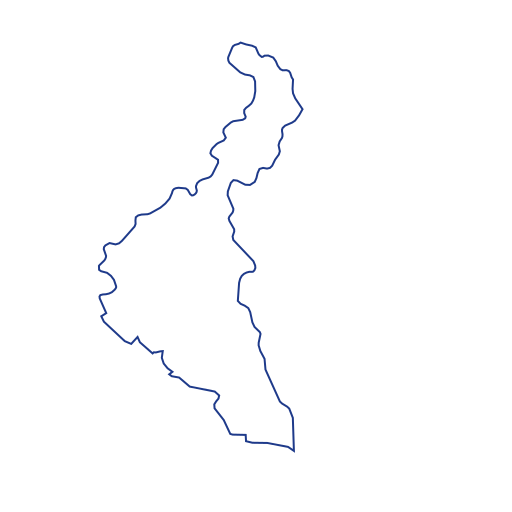 the border of Meurthe-et-Moselle, rotated 45°
{"feature_id": "FRA-5325", "entity_name": "Meurthe-et-Moselle", "entity_type": "Metropolitan department", "adm_level": 1, "iso_a3": "FRA", "parent_name": "France", "parent_adm1": "", "projection": "natural_earth1", "projection_center": [5.998, 48.953], "detail": "fine", "context": "isolated", "style": "outline", "palette": "blue", "viewbox_px": 512, "rotation_deg": 45, "n_neighbors": 0, "source": "natural_earth", "source_scale": "10m", "svg_char_len": 2952}
<svg xmlns="http://www.w3.org/2000/svg" viewBox="0 0 512 512"><g transform="rotate(45 256 256)"><path d="M148.4,102.0L150.6,102.3L155.0,104.5L157.4,105.0L163.7,112.0L167.2,114.8L172.3,116.8L185.1,119.3L187.0,126.1L187.9,132.7L187.2,136.1L184.4,143.2L184.3,146.6L185.0,148.2L186.1,149.3L188.6,151.1L190.1,152.7L190.9,154.2L191.7,158.2L193.6,161.7L198.8,165.1L200.4,168.1L201.4,174.4L203.6,180.7L203.6,183.8L202.0,186.4L198.7,188.7L196.9,192.0L198.5,196.2L201.2,200.6L202.7,204.5L201.5,210.0L198.0,213.2L189.4,216.0L186.4,218.3L186.5,222.1L190.4,230.2L193.0,233.1L206.6,238.6L207.8,240.0L208.7,241.8L209.3,247.0L210.1,248.7L212.4,250.0L221.6,252.5L223.3,254.1L225.6,258.7L228.6,260.7L257.8,261.5L262.1,263.3L264.0,264.9L265.0,267.3L265.0,269.1L264.4,270.0L262.5,271.8L261.0,274.4L260.1,277.2L260.0,280.2L260.9,283.3L263.0,286.9L274.9,300.6L278.9,300.7L283.1,299.1L287.4,298.3L291.6,299.8L300.4,305.5L305.2,307.2L312.6,307.1L314.3,307.9L319.2,315.4L321.0,317.3L326.2,320.1L334.8,322.7L343.0,329.6L375.8,342.0L378.8,341.9L384.6,340.5L387.4,340.4L396.5,344.4L420.6,367.0L413.7,368.3L396.2,380.2L385.5,390.6L379.9,394.0L375.2,389.8L365.8,398.8L363.6,400.0L349.2,394.8L334.4,393.0L331.4,390.4L330.6,386.9L330.3,383.4L328.6,380.7L322.7,381.0L301.5,395.2L287.6,396.3L281.4,400.6L278.3,401.0L278.8,397.0L272.9,397.9L266.8,397.3L261.4,394.6L257.3,389.2L255.6,391.3L253.4,395.0L251.8,396.4L251.8,398.0L234.9,399.1L229.5,397.0L229.9,406.4L223.4,409.0L194.9,410.0L189.2,408.0L190.5,402.3L175.5,396.5L174.0,395.3L173.6,393.7L174.9,391.5L176.9,389.2L178.6,386.5L179.7,383.5L179.9,379.9L179.7,378.2L179.3,377.1L178.5,376.3L172.4,373.3L167.5,372.6L162.6,373.2L157.2,376.3L154.8,376.7L151.9,374.0L151.8,373.1L151.9,366.4L151.5,364.6L150.7,362.9L149.9,361.9L143.5,358.8L142.3,357.2L142.0,355.0L143.3,350.4L148.5,347.1L150.2,343.9L150.5,340.2L149.3,321.0L148.2,318.5L145.7,316.2L143.6,313.6L144.0,310.6L145.8,307.6L149.8,303.1L151.0,300.8L154.2,289.5L154.8,283.0L154.3,276.5L152.1,270.9L151.2,269.4L150.7,267.9L150.7,266.4L151.4,264.7L152.9,262.6L158.5,257.9L161.0,257.5L165.8,258.8L167.9,258.5L168.7,257.4L169.1,255.8L169.1,254.1L168.7,252.7L167.8,251.5L165.3,250.1L164.2,249.1L162.9,246.1L163.0,242.8L164.1,239.6L167.1,234.1L167.7,231.8L167.5,229.4L163.3,216.9L161.1,214.8L153.9,216.3L151.1,215.6L149.7,213.3L149.0,210.5L149.0,204.7L149.4,202.7L151.5,197.1L151.0,193.7L145.5,191.7L143.5,189.2L143.2,186.4L143.8,179.4L144.6,176.8L150.3,169.1L151.0,166.3L150.2,164.8L146.6,163.3L144.4,161.0L144.2,158.2L144.7,155.0L144.9,151.5L144.0,148.2L142.6,145.1L138.9,139.9L131.9,133.2L127.6,131.3L123.9,132.6L119.9,135.5L115.0,137.3L100.6,138.2L98.3,137.4L96.4,135.9L95.7,134.8L91.8,125.4L91.4,123.9L91.8,121.7L93.7,118.3L94.2,116.0L99.4,113.4L104.5,110.1L108.3,108.7L114.6,111.2L116.3,111.5L119.3,111.2L120.0,110.2L120.4,108.3L122.9,105.6L127.9,103.5L132.4,104.3L136.8,106.1L141.1,106.7L143.6,105.8L146.2,103.0L148.4,102.0Z" fill="none" stroke="#1e3a8a" stroke-width="2"/></g></svg>